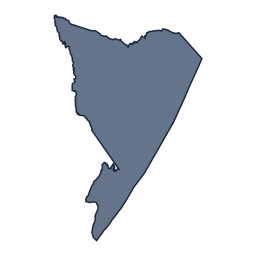 Pemba, Southern, Zambia
{"feature_id": "96606910B89551378676560", "entity_name": "Pemba", "entity_type": "district", "adm_level": 2, "iso_a3": "ZMB", "parent_name": "Zambia", "parent_adm1": "Southern", "projection": "equal_earth", "projection_center": [27.31, -16.765], "detail": "fine", "context": "isolated", "style": "filled", "palette": "slate", "viewbox_px": 256, "rotation_deg": 0, "n_neighbors": 0, "source": "geoboundaries", "source_scale": "gbopen_adm2", "svg_char_len": 5402}
<svg xmlns="http://www.w3.org/2000/svg" viewBox="0 0 256 256"><path d="M96.6,240.6L99.3,236.7L102.3,232.9L103.7,230.7L107.2,226.8L108.4,225.4L110.9,221.8L112.5,219.2L114.5,217.0L115.2,215.9L121.1,208.2L126.1,200.5L131.2,191.7L132.6,189.6L132.7,188.7L144.4,173.2L173.5,122.2L184.9,97.2L188.4,88.7L198.4,66.7L201.9,58.5L178.8,32.6L177.6,33.1L177.0,33.6L175.9,33.2L175.0,33.5L174.2,33.2L173.5,32.6L172.8,32.8L172.2,32.7L171.5,32.1L170.9,31.8L170.4,31.4L169.4,31.2L168.6,30.5L167.1,29.8L166.7,29.9L166.0,29.5L165.5,29.3L164.3,29.2L162.9,28.9L162.5,29.2L162.1,30.7L161.7,31.1L160.1,30.4L156.2,30.5L154.8,31.0L152.6,31.0L151.9,31.4L149.6,31.5L149.0,31.9L148.6,31.9L148.3,32.4L147.8,32.4L147.5,32.9L147.0,32.8L146.7,32.8L146.7,33.2L146.7,33.3L146.4,34.0L146.5,34.8L146.3,35.3L145.7,35.6L144.9,35.7L144.9,36.6L145.1,36.9L145.1,37.5L145.1,38.1L144.2,37.4L142.6,36.8L142.0,36.1L141.8,36.2L141.5,36.3L141.2,36.9L139.9,39.7L139.5,39.7L139.2,40.3L137.3,41.8L137.3,42.2L137.1,42.0L136.7,42.3L136.6,42.1L136.4,42.1L136.0,41.9L135.3,41.9L134.9,42.5L134.8,42.2L134.7,42.4L134.5,42.2L134.3,42.4L134.1,42.1L133.9,42.6L134.1,42.6L134.1,42.8L133.6,43.1L133.6,42.8L133.4,42.8L133.5,43.0L133.4,43.1L133.1,43.0L132.8,43.4L132.4,43.5L132.4,43.9L132.1,43.9L132.1,44.0L132.0,44.5L131.8,44.4L131.7,44.7L131.7,44.4L131.7,44.2L131.3,43.8L130.6,43.4L130.2,43.4L128.9,45.0L128.8,45.6L128.5,46.1L128.3,46.7L128.1,47.1L127.7,46.6L127.4,45.7L127.1,45.4L123.9,43.5L121.0,40.9L120.7,40.5L121.0,40.0L120.4,39.3L120.1,39.3L119.2,40.2L118.9,40.3L117.4,39.5L116.0,38.9L114.3,38.9L113.9,39.2L113.3,39.8L111.5,39.0L110.1,39.0L109.4,38.5L109.1,38.1L108.6,38.0L108.2,37.6L107.0,37.0L107.0,36.5L106.1,36.0L105.2,36.3L104.1,36.3L102.4,35.5L101.4,35.5L100.9,35.3L100.2,34.7L100.0,33.9L96.0,31.1L94.7,30.7L92.9,30.6L91.8,30.8L91.4,30.7L70.9,24.1L70.0,23.5L69.3,22.3L69.0,21.3L68.5,20.5L66.0,19.7L65.5,18.7L64.9,18.4L64.2,18.6L62.7,17.4L62.3,17.7L61.5,17.6L61.4,17.7L60.6,17.1L59.7,17.1L59.3,17.3L59.1,17.7L58.8,17.5L58.7,17.3L58.5,17.5L58.2,17.5L58.1,17.1L57.8,17.0L57.8,16.6L57.7,16.8L57.4,16.5L56.7,16.4L56.3,16.5L56.4,16.1L56.5,16.1L56.4,15.9L56.3,16.1L56.2,15.5L56.1,15.9L55.5,15.6L55.4,15.4L55.2,15.5L54.9,15.4L54.6,15.4L54.5,16.5L54.1,17.2L54.4,18.7L54.9,19.5L55.0,19.7L55.0,20.9L54.8,22.4L55.2,23.0L55.6,23.4L55.4,24.0L55.2,25.0L55.7,26.0L56.3,26.4L56.7,26.9L57.1,29.0L57.0,29.9L57.2,30.6L58.1,32.1L58.9,32.7L59.0,33.1L59.1,34.5L59.0,35.0L59.2,35.5L59.6,35.8L59.6,36.2L59.4,36.5L59.7,37.2L59.6,37.6L59.9,39.3L60.9,40.9L61.2,41.1L61.6,40.9L63.1,42.5L63.2,42.9L62.6,43.2L62.5,43.4L62.6,43.6L62.9,43.8L63.9,43.7L64.2,44.1L64.6,44.1L64.8,43.3L64.6,42.5L64.6,42.0L64.8,41.8L64.9,42.0L65.5,43.4L65.6,44.6L65.2,46.1L65.4,47.1L65.8,47.8L66.0,47.8L66.9,46.6L67.5,46.6L68.0,46.3L69.1,46.5L69.2,47.1L69.1,49.2L69.3,49.6L69.8,50.4L70.2,51.3L70.4,54.1L71.7,55.6L71.9,57.0L72.5,58.2L72.6,58.5L72.4,59.1L72.3,60.6L72.4,61.2L73.2,61.6L73.5,62.8L73.5,63.2L72.8,64.9L72.8,65.8L73.1,66.3L73.2,67.3L73.7,67.9L74.1,68.4L74.3,68.9L74.1,69.2L73.4,69.1L73.4,69.5L73.7,71.0L74.1,71.3L74.2,71.5L74.1,72.0L73.7,72.2L73.6,72.5L74.2,74.5L74.4,74.8L75.3,75.6L75.9,77.4L75.6,78.4L75.4,78.8L74.3,78.7L74.0,79.0L74.0,79.5L74.3,80.7L74.6,81.0L74.8,81.4L74.9,81.8L74.8,82.5L74.2,82.7L72.9,83.4L72.4,84.2L72.2,84.6L72.2,87.4L72.4,88.6L72.0,89.9L72.3,90.5L73.2,90.7L74.0,91.2L74.3,91.2L74.7,90.7L75.5,91.0L75.5,92.3L76.7,94.6L76.6,94.8L76.3,95.0L75.2,96.8L75.2,97.1L75.6,98.0L75.7,98.3L75.1,99.7L75.1,100.4L75.5,101.2L75.5,102.3L75.7,103.7L75.4,104.8L75.3,105.5L75.7,105.9L75.8,107.0L75.9,107.9L76.4,109.2L76.2,110.6L76.2,111.0L76.6,111.2L76.6,111.6L76.3,112.0L76.9,112.3L77.3,112.6L77.3,113.0L77.6,113.6L77.3,113.7L77.3,114.1L78.3,114.4L78.5,114.4L78.6,114.1L78.8,114.7L79.0,114.8L79.4,114.6L79.6,114.8L79.6,115.2L79.8,115.3L79.9,115.2L80.4,115.3L81.0,115.3L82.8,115.6L83.3,115.6L84.0,116.2L84.8,116.5L85.0,117.0L85.5,117.4L85.7,118.0L86.1,118.2L86.4,118.0L86.6,118.3L86.8,119.2L87.4,119.7L87.5,120.2L88.0,120.4L88.1,120.6L88.8,121.1L89.4,121.6L89.4,122.3L89.7,122.9L90.1,124.4L90.4,124.9L90.5,125.6L90.9,126.6L91.3,126.9L91.8,128.1L92.2,128.7L91.7,130.2L119.6,170.2L118.1,168.7L117.9,168.6L116.3,170.3L116.1,171.3L115.9,171.2L115.6,170.4L115.4,170.3L115.2,170.4L114.9,171.0L114.0,171.3L113.7,170.9L113.9,170.4L114.6,170.0L114.7,169.6L114.3,169.3L114.0,169.7L113.5,169.8L113.6,169.3L113.3,169.0L113.7,168.5L114.4,168.5L114.7,168.0L114.5,167.8L114.2,167.9L114.5,166.7L114.3,166.6L114.0,166.6L113.8,166.5L114.2,165.5L113.3,164.9L113.5,164.5L113.5,163.9L113.3,163.9L113.0,164.2L112.8,164.2L111.8,166.5L111.2,166.5L110.8,168.1L110.7,168.6L110.3,168.2L109.6,168.3L109.2,168.1L108.5,168.4L108.4,168.4L108.2,167.5L108.0,166.1L107.9,166.1L107.6,166.2L107.4,166.0L107.6,164.9L107.5,164.6L107.2,164.2L106.8,164.6L106.4,164.7L106.1,163.5L105.8,163.0L105.2,162.6L104.8,162.6L104.5,162.4L104.2,162.5L103.9,163.3L103.6,163.2L103.2,163.7L102.9,164.4L102.0,165.0L102.0,165.4L102.5,166.9L102.3,168.2L102.4,169.1L102.3,169.5L101.7,169.4L101.5,169.6L101.2,171.0L100.7,171.7L100.8,172.4L100.6,173.2L99.7,174.6L99.1,176.5L98.7,176.9L97.9,177.3L96.3,179.7L95.5,180.1L93.9,181.7L93.6,182.4L93.4,183.4L93.1,184.1L91.6,186.2L91.1,187.8L90.4,189.2L89.6,191.3L88.4,195.2L87.6,196.3L86.7,196.8L85.8,199.7L85.9,201.5L89.2,202.5L94.3,201.9L96.2,202.6L97.7,205.6L98.3,208.2L95.1,215.7L95.0,217.1L95.4,219.5L92.9,226.3L91.9,232.4L93.3,237.4L96.6,240.6Z" fill="#64748b" stroke="#1e293b" stroke-width="1.5"/></svg>